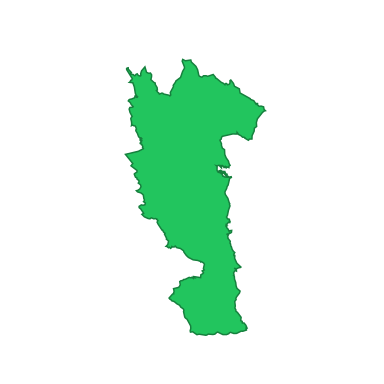 the district of Balta, Mehedinti, Romania, rotated 217°
{"feature_id": "2599482B81880640406541", "entity_name": "Balta", "entity_type": "district", "adm_level": 2, "iso_a3": "ROU", "parent_name": "Romania", "parent_adm1": "Mehedinti", "projection": "natural_earth1", "projection_center": [22.605, 44.92], "detail": "fine", "context": "isolated", "style": "filled", "palette": "green", "viewbox_px": 384, "rotation_deg": 217, "n_neighbors": 0, "source": "geoboundaries", "source_scale": "gbopen_adm2", "svg_char_len": 6099}
<svg xmlns="http://www.w3.org/2000/svg" viewBox="0 0 384 384"><g transform="rotate(217 192 192)"><path d="M270.7,295.4L272.4,296.7L276.3,292.8L279.2,292.3L278.6,290.6L273.4,287.4L272.5,286.3L272.1,282.8L270.1,276.6L271.7,271.0L271.3,269.6L271.2,265.9L270.2,264.9L269.2,258.4L267.3,256.6L267.5,255.4L268.5,255.5L273.8,253.1L274.8,253.3L275.7,252.7L276.9,250.6L277.5,250.6L278.1,251.1L279.4,251.0L281.5,251.7L281.0,252.6L282.7,254.4L286.1,255.8L287.0,256.9L288.4,256.6L292.5,257.0L293.6,259.6L294.8,261.3L296.8,262.0L297.9,260.8L300.3,260.2L304.9,263.6L305.2,258.4L304.2,255.6L302.9,254.1L303.3,253.3L305.1,252.8L306.9,253.4L307.5,252.3L307.5,250.7L307.9,250.3L309.7,250.4L312.0,249.3L312.4,249.4L312.3,250.9L316.8,251.8L317.7,252.8L318.4,252.0L318.5,251.2L317.8,250.4L307.9,246.6L307.5,245.0L308.1,244.4L307.8,242.7L308.0,241.9L305.0,243.6L301.3,241.2L296.4,236.5L294.3,235.5L292.7,235.3L292.7,234.6L293.3,234.2L295.2,234.4L294.6,232.6L296.4,229.6L297.3,228.8L297.8,227.8L297.7,226.4L295.2,226.3L293.2,225.3L290.4,224.8L290.4,224.0L292.5,222.1L292.1,220.4L289.3,218.2L285.2,216.3L285.4,215.3L285.0,213.7L282.5,211.6L281.0,209.9L280.3,208.6L279.9,209.6L278.3,209.9L277.3,210.5L276.3,210.2L274.2,208.8L274.2,207.7L273.5,207.0L271.0,206.0L267.9,204.0L266.3,203.8L265.5,204.6L264.7,204.5L265.5,203.6L265.4,203.2L265.2,202.9L263.4,203.3L263.0,202.9L264.1,202.0L262.5,201.4L262.9,199.9L262.6,199.6L262.1,199.9L261.0,199.4L260.7,199.8L258.5,198.6L258.4,197.9L256.9,197.3L259.3,192.3L267.8,182.0L256.4,179.1L256.5,176.2L248.8,176.1L248.0,174.8L249.0,171.9L248.7,171.4L246.0,169.8L244.6,170.1L243.6,169.2L241.4,169.2L240.4,168.2L240.3,166.8L237.5,166.8L235.9,165.5L235.5,163.0L236.3,160.7L237.2,159.6L235.6,159.3L232.3,160.5L230.0,160.5L229.0,160.2L226.4,157.7L225.5,157.3L224.8,156.2L224.9,155.1L222.7,155.2L221.9,153.5L223.1,152.0L224.7,151.2L225.6,148.7L224.8,147.7L222.7,147.6L217.8,145.9L218.6,144.0L215.1,143.5L211.1,144.4L209.4,145.3L209.0,146.9L206.3,147.6L205.1,148.9L203.8,149.2L203.7,148.8L202.1,148.8L201.7,146.9L199.7,145.9L193.0,143.5L192.5,143.9L190.7,142.9L188.7,142.8L188.6,141.8L184.4,139.7L184.1,138.9L181.3,138.8L179.7,135.5L180.0,133.0L179.3,133.4L177.2,133.3L176.8,134.3L175.2,134.1L174.9,135.4L175.3,136.4L174.1,136.6L172.8,137.8L172.9,138.7L170.6,138.4L167.4,139.9L163.4,140.0L162.2,139.1L158.3,137.9L155.5,137.6L150.3,138.5L146.2,140.8L143.3,141.7L142.8,141.4L142.6,142.0L139.9,142.3L138.6,141.7L136.8,137.7L135.4,137.1L136.4,135.1L134.2,134.4L134.2,133.4L135.1,131.2L133.6,128.8L140.1,125.3L139.9,124.8L138.6,124.8L139.4,124.3L139.1,123.8L140.8,123.8L141.1,122.9L142.9,122.1L144.9,118.1L146.1,117.0L146.2,115.7L147.5,114.4L147.9,113.1L145.5,110.8L145.2,108.6L145.5,107.5L148.6,103.7L146.5,101.9L145.8,99.9L145.4,99.7L146.1,98.8L146.5,93.5L145.3,93.1L144.1,93.4L142.9,92.9L140.1,93.8L136.9,93.6L133.7,94.1L131.8,93.3L128.5,93.4L127.3,92.7L126.8,91.4L122.6,87.8L121.4,87.4L119.3,87.4L112.6,84.3L110.9,82.4L109.9,80.0L108.9,79.2L107.3,80.8L102.2,81.0L100.8,82.7L94.8,85.9L94.1,86.7L93.5,88.3L89.5,90.8L88.2,92.3L87.7,94.7L87.2,95.6L81.6,96.7L78.7,98.8L77.4,100.9L77.3,102.2L76.8,103.1L73.4,104.2L71.3,105.9L69.0,110.4L67.6,111.4L65.5,114.4L66.4,115.0L66.1,115.6L67.0,116.3L66.4,116.6L68.8,118.0L71.6,118.7L73.0,117.7L74.1,118.9L75.7,118.6L77.4,121.5L83.3,123.2L85.2,123.2L86.2,124.4L87.9,125.1L88.8,127.0L92.0,130.3L92.0,132.6L92.9,133.3L93.3,134.9L93.3,139.9L94.0,141.8L98.1,142.1L100.2,143.5L102.7,146.1L105.6,148.0L107.6,150.3L108.6,150.4L108.6,151.1L110.2,152.5L110.3,154.9L110.0,155.4L108.9,155.6L109.3,156.1L110.1,156.6L112.5,156.6L110.8,157.0L110.1,157.6L109.1,159.7L108.5,160.2L108.8,160.7L108.5,161.2L108.0,160.9L107.8,161.5L113.3,162.1L118.2,164.8L119.1,166.4L120.0,166.4L119.9,167.1L120.7,167.0L121.2,167.5L121.4,169.4L123.1,169.5L125.5,170.4L127.6,172.0L128.3,172.1L130.2,173.9L130.9,174.0L131.8,175.7L135.6,176.7L135.7,177.1L136.7,178.0L137.3,179.0L137.8,179.4L138.4,179.2L138.6,179.7L137.8,180.2L137.2,180.0L137.5,181.8L137.1,181.7L136.5,182.4L136.2,183.5L137.2,185.2L138.6,183.8L138.7,183.0L141.3,184.2L142.8,184.4L143.8,185.2L143.7,185.8L144.5,185.3L145.2,186.8L144.6,187.0L144.8,188.7L144.5,189.6L143.4,190.3L143.7,191.2L144.7,191.2L144.8,192.0L146.0,192.7L147.4,192.0L149.4,192.8L149.6,194.6L151.9,199.4L153.3,203.8L154.4,204.4L154.8,205.4L155.8,205.8L159.5,208.5L163.9,210.1L165.4,211.4L165.9,212.4L166.4,215.6L167.3,217.6L167.3,219.2L169.9,225.0L170.1,225.6L169.3,227.3L169.9,227.8L172.0,225.5L175.3,223.5L176.0,223.7L177.1,223.2L177.6,223.8L179.3,224.3L181.0,224.3L183.1,223.5L183.7,224.1L181.2,225.7L178.7,225.5L178.6,226.0L177.9,226.2L174.6,225.5L172.3,225.7L172.4,226.2L175.1,226.1L175.3,226.2L174.6,227.1L174.9,227.3L175.6,226.7L178.2,228.1L178.4,227.6L178.2,227.3L178.5,227.1L179.2,227.4L180.5,226.6L182.0,226.6L181.9,226.1L183.0,225.5L182.9,224.8L184.3,224.0L185.1,224.4L187.4,227.6L188.3,227.7L187.6,228.0L186.9,229.2L185.7,230.0L185.2,229.6L185.4,229.4L183.0,229.0L183.9,230.2L183.8,230.8L184.3,230.9L183.7,231.4L182.9,230.5L183.1,230.8L182.6,231.4L181.1,230.8L180.6,231.5L181.3,231.9L180.7,232.6L179.2,231.8L179.1,232.3L179.6,232.8L177.2,233.7L178.0,234.8L177.6,236.2L179.5,237.0L181.5,238.6L185.4,239.9L188.4,241.7L191.5,245.4L194.1,245.3L196.6,247.0L197.5,248.3L200.9,250.2L200.5,251.9L201.2,253.1L201.3,254.7L194.3,263.0L191.4,265.0L191.6,265.9L191.3,266.2L191.7,266.7L190.5,266.4L190.2,265.8L186.9,266.4L184.6,266.2L183.6,267.0L182.4,267.2L182.2,266.8L177.8,267.3L177.5,267.3L178.1,267.6L178.1,268.7L176.0,270.4L177.9,273.1L179.0,278.0L180.6,280.5L179.8,283.2L182.4,286.2L183.8,289.8L183.6,297.9L183.1,300.1L182.3,301.1L184.1,301.3L186.1,303.1L188.5,302.2L190.0,300.8L192.0,301.0L192.9,302.1L193.5,301.8L193.6,300.7L197.6,302.1L201.0,301.2L201.7,301.6L213.2,300.0L216.3,302.9L221.7,302.0L224.3,303.7L228.4,304.8L228.7,303.8L227.5,302.3L227.0,300.7L228.1,299.0L229.5,299.4L230.2,299.2L230.5,298.2L230.3,297.5L232.3,297.7L234.6,297.2L241.0,297.5L241.6,297.1L242.5,297.8L245.8,298.6L249.1,293.8L250.8,293.3L252.7,291.8L253.2,289.6L255.7,288.9L256.8,289.3L261.1,293.0L264.5,294.7L270.7,295.4Z" fill="#22c55e" stroke="#15803d" stroke-width="1.5"/></g></svg>